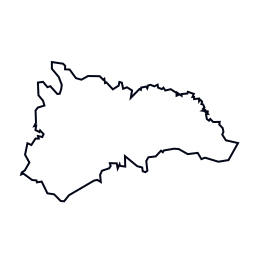 the district of Khon San, Chaiyaphum, Thailand, rotated 357°
{"feature_id": "78962969B85168062919429", "entity_name": "Khon San", "entity_type": "district", "adm_level": 2, "iso_a3": "THA", "parent_name": "Thailand", "parent_adm1": "Chaiyaphum", "projection": "robinson", "projection_center": [101.768, 16.554], "detail": "medium", "context": "isolated", "style": "outline", "palette": "ink", "viewbox_px": 256, "rotation_deg": 357, "n_neighbors": 0, "source": "geoboundaries", "source_scale": "gbopen_adm2", "svg_char_len": 1853}
<svg xmlns="http://www.w3.org/2000/svg" viewBox="0 0 256 256"><g transform="rotate(357 128 128)"><path d="M195.5,97.4L189.7,95.0L189.0,96.7L183.3,96.9L183.2,98.6L179.8,96.0L180.3,97.5L178.2,98.3L178.3,95.5L172.7,91.5L167.2,92.5L165.5,89.6L163.9,90.9L160.2,89.3L159.8,86.3L156.5,87.8L152.8,86.1L150.4,86.5L149.3,89.4L148.4,87.6L143.3,88.3L142.8,90.6L141.5,89.7L132.4,98.0L134.0,90.7L129.1,87.3L125.2,88.6L124.2,82.4L121.8,81.6L120.9,85.2L114.9,88.6L108.8,81.3L107.4,81.9L106.9,77.6L105.7,78.5L102.5,74.8L90.8,74.0L84.1,77.3L78.6,75.5L72.8,66.6L68.2,66.1L68.5,62.6L66.5,60.4L55.4,58.2L55.1,64.9L61.5,73.4L64.1,81.4L63.5,85.1L61.6,90.2L59.2,90.3L52.6,82.2L49.7,83.0L45.6,77.5L40.4,77.9L40.3,90.7L44.6,96.3L45.7,101.2L39.0,102.9L36.6,105.7L36.4,118.0L34.5,121.2L36.4,120.8L35.5,125.2L39.4,127.4L40.1,125.8L43.4,129.7L41.9,132.5L37.7,131.3L38.3,133.9L35.1,133.7L30.6,139.9L26.8,138.0L23.8,149.3L27.7,157.3L22.7,165.0L19.6,166.8L18.9,168.8L21.2,168.1L29.5,174.9L33.9,175.6L34.2,177.5L39.0,177.0L44.1,189.0L50.8,190.4L57.0,197.4L60.4,197.8L65.6,192.0L91.2,178.8L94.6,178.2L98.0,180.5L97.7,173.3L99.8,169.3L107.0,167.3L108.7,165.1L108.0,162.2L114.9,162.7L115.6,167.9L117.7,163.8L118.0,165.4L123.2,166.4L123.5,155.9L135.2,166.6L140.1,168.2L140.5,172.0L143.1,173.0L145.1,171.7L144.5,162.0L146.8,158.3L154.2,157.8L159.8,152.4L161.5,154.0L162.6,152.3L172.9,151.1L177.6,151.7L186.3,157.2L196.3,156.5L199.7,162.9L203.4,161.7L216.5,166.4L226.7,165.3L237.1,148.8L225.1,145.4L221.8,139.6L223.1,136.8L222.5,133.0L219.3,129.3L219.9,126.7L213.4,126.5L210.6,123.3L209.3,124.9L207.2,123.1L206.6,118.5L208.5,118.2L207.0,116.8L208.2,117.1L208.5,115.6L203.3,114.6L205.4,113.6L204.0,112.7L205.4,111.4L204.2,108.4L202.6,108.0L203.4,105.5L201.5,103.5L200.4,104.9L200.4,102.3L195.5,102.6L195.6,100.5L194.0,100.4L195.5,97.4Z" fill="none" stroke="#020617" stroke-width="2"/></g></svg>